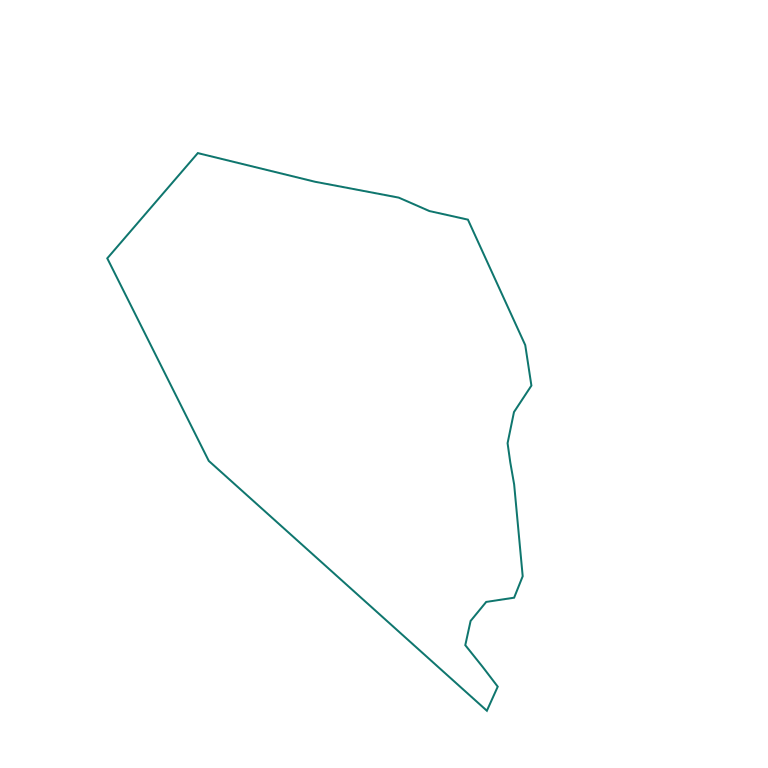 outline of Cuitegi, Paraíba, Brazil, rotated 41°
{"feature_id": "56859067B86022496399521", "entity_name": "Cuitegi", "entity_type": "district", "adm_level": 2, "iso_a3": "BRA", "parent_name": "Brazil", "parent_adm1": "Paraíba", "projection": "albers", "projection_center": [-35.504, -6.895], "detail": "fine", "context": "isolated", "style": "outline", "palette": "teal", "viewbox_px": 768, "rotation_deg": 41, "n_neighbors": 0, "source": "geoboundaries", "source_scale": "gbopen_adm2", "svg_char_len": 427}
<svg xmlns="http://www.w3.org/2000/svg" viewBox="0 0 768 768"><g transform="rotate(41 384 384)"><path d="M676.0,563.1L668.4,537.8L644.1,532.8L616.7,527.8L604.8,506.0L604.1,481.4L622.4,459.9L614.8,438.1L548.1,374.4L530.6,360.2L516.1,347.6L500.5,319.9L496.3,288.5L465.1,262.0L339.5,204.9L304.8,223.7L272.8,233.7L199.3,276.6L92.0,331.9L92.7,470.7L302.2,557.0L676.0,563.1Z" fill="none" stroke="#0f766e" stroke-width="2"/></g></svg>